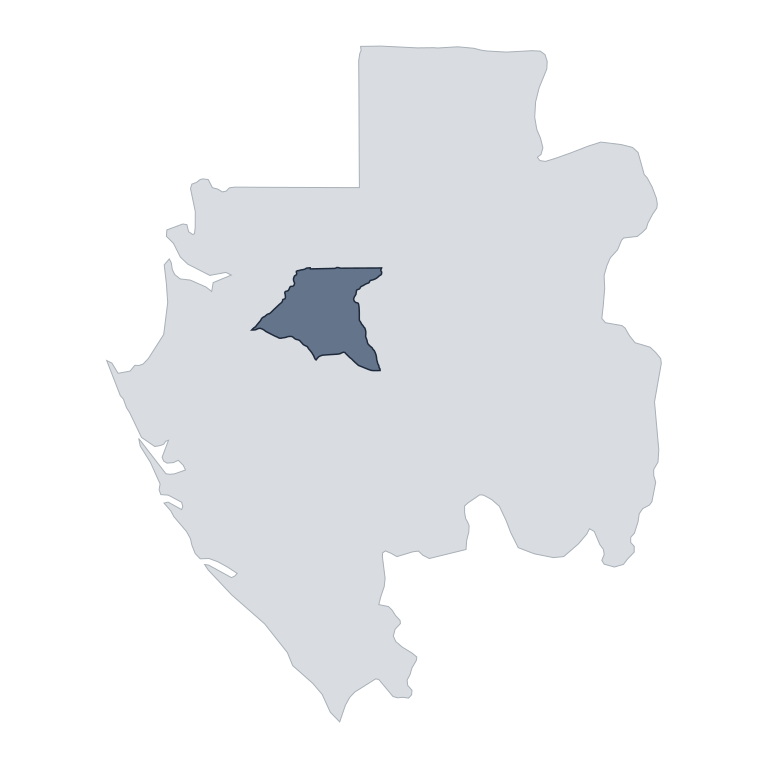 Abanga-Bignè, Moyen-Ogooué, Gabon (highlighted)
{"feature_id": "22940354B65697742744176", "entity_name": "Abanga-Bignè", "entity_type": "district", "adm_level": 2, "iso_a3": "GAB", "parent_name": "Gabon", "parent_adm1": "Moyen-Ogooué", "projection": "robinson", "projection_center": [10.966, -0.21], "detail": "fine", "context": "in_parent", "style": "filled", "palette": "slate", "viewbox_px": 768, "rotation_deg": 0, "n_neighbors": 0, "source": "geoboundaries", "source_scale": "gbopen_adm2", "svg_char_len": 6341}
<svg xmlns="http://www.w3.org/2000/svg" viewBox="0 0 768 768"><path d="M547.2,61.4L546.8,69.0L539.2,87.6L535.6,101.9L534.7,117.2L536.8,129.5L540.5,138.2L542.9,147.8L541.0,154.4L537.4,157.3L539.9,160.6L545.4,161.4L554.9,158.5L569.4,153.4L588.3,146.1L600.8,142.1L621.4,144.6L632.5,147.4L638.1,152.5L644.2,174.5L647.2,177.8L652.2,187.1L656.4,198.3L657.3,204.0L656.8,208.1L652.6,214.2L647.9,223.1L646.3,228.4L642.3,232.4L637.3,236.4L623.6,238.0L621.5,240.3L617.6,249.8L610.3,257.8L607.0,265.4L604.1,275.5L604.7,288.1L603.2,306.2L601.8,318.4L605.4,322.7L621.9,325.6L625.1,328.1L629.4,335.6L635.0,342.7L650.1,347.2L655.9,352.7L660.7,358.6L661.3,363.5L657.8,383.1L654.5,401.9L655.8,416.3L657.0,429.9L658.8,449.9L658.0,462.0L653.7,469.5L653.7,475.3L655.7,482.3L651.9,501.7L649.5,505.0L642.7,508.6L639.2,513.8L638.0,522.0L634.4,533.2L630.7,537.3L630.7,542.5L634.2,546.3L634.2,552.1L627.5,559.1L623.4,564.4L614.4,567.0L604.2,564.2L601.8,560.4L604.2,554.4L603.4,549.5L599.8,544.5L594.3,531.5L589.5,528.7L586.8,534.0L578.4,543.9L563.7,556.6L553.4,557.6L534.3,553.8L518.3,547.7L510.8,532.8L506.1,520.5L499.3,506.2L491.6,499.5L483.4,495.1L479.8,494.8L468.1,502.8L464.6,505.9L464.6,512.6L465.7,518.8L467.5,521.8L469.1,525.8L468.8,532.0L466.7,540.3L466.0,549.5L429.3,558.5L423.0,555.3L418.4,551.1L412.8,551.8L396.9,556.6L391.1,553.3L385.3,550.9L382.6,552.9L382.4,556.8L385.1,578.4L384.2,586.6L380.6,597.3L378.8,604.6L388.5,606.6L392.0,610.0L395.4,615.4L400.1,620.5L400.4,623.6L395.1,629.2L393.3,636.1L395.8,641.6L402.4,647.2L412.1,653.1L416.8,657.0L416.3,660.5L411.9,668.0L410.1,674.4L407.1,680.1L407.7,685.4L412.0,690.3L411.6,694.7L408.6,698.1L402.6,697.3L397.5,697.8L393.0,696.5L378.7,679.4L375.6,678.9L354.8,692.0L349.7,697.4L345.4,705.2L339.7,721.9L330.3,712.2L322.1,694.3L312.7,683.3L292.7,665.6L287.4,652.6L264.6,623.8L231.8,595.0L208.2,570.0L204.6,564.5L208.6,565.1L231.4,577.6L234.6,576.2L237.2,573.4L227.3,566.9L217.9,561.8L209.1,558.5L200.2,558.8L195.2,553.5L192.0,545.5L190.4,538.6L186.5,531.5L173.9,516.7L170.8,510.9L164.0,503.1L168.1,502.1L181.6,509.6L182.8,506.6L181.6,502.2L168.1,495.1L160.8,494.6L159.1,489.7L160.1,483.9L150.4,462.3L140.3,446.2L138.7,438.5L165.9,473.7L169.5,474.3L174.3,473.9L185.5,470.0L183.3,465.3L178.3,460.3L173.4,462.6L167.0,463.1L163.6,461.0L162.1,457.3L168.5,440.3L165.8,441.2L163.7,444.2L160.2,445.6L154.8,446.5L141.5,437.4L129.7,412.7L126.5,407.7L123.4,399.1L120.3,395.6L106.7,360.5L111.9,363.1L118.1,373.3L130.1,371.1L134.8,365.3L138.9,365.5L143.0,364.1L148.3,358.6L163.7,334.5L167.7,302.6L166.4,283.7L164.2,264.9L169.3,258.9L171.3,262.9L172.3,269.6L174.7,274.5L180.1,278.9L190.3,280.1L206.1,287.1L211.7,291.5L213.2,282.6L231.3,275.1L225.9,272.4L209.8,275.4L187.7,264.1L180.3,257.0L173.5,243.4L166.4,236.3L166.9,229.9L182.8,224.0L186.9,224.7L188.6,231.7L192.9,234.6L194.5,233.6L195.2,227.6L195.3,211.6L190.5,188.5L191.9,184.1L196.3,182.5L200.2,179.5L202.9,178.9L208.2,179.5L210.9,184.8L212.4,187.7L217.8,189.1L222.3,191.9L226.1,191.2L229.3,187.9L233.9,187.2L248.4,187.2L261.5,187.3L287.6,187.4L313.6,187.5L339.7,187.6L359.4,187.6L359.3,174.5L359.2,154.2L359.1,130.2L359.0,107.2L358.9,85.9L358.7,60.7L359.8,53.5L361.1,50.5L360.6,46.4L380.8,46.1L417.4,47.9L433.3,47.7L437.9,48.0L457.8,46.8L474.0,48.3L480.8,50.1L487.0,51.0L506.4,52.1L531.6,50.7L540.2,51.1L545.0,54.6L547.2,61.4Z" fill="#d9dde1" stroke="#a8b0b8" stroke-width="1"/><path d="M251.7,330.0L253.1,330.0L255.5,329.8L256.9,329.2L258.0,328.6L259.4,328.4L260.3,328.3L261.3,328.8L262.2,329.0L263.5,329.7L264.8,330.6L265.9,331.5L270.4,333.8L274.5,335.9L277.7,337.3L278.9,338.0L279.9,338.2L281.2,338.2L282.3,337.9L284.7,337.6L286.4,337.2L287.5,336.7L288.7,336.5L290.9,336.4L292.1,336.6L292.8,337.0L294.9,338.8L296.2,339.4L298.0,339.8L299.3,340.3L299.7,340.6L300.7,341.7L302.1,343.2L302.9,344.2L303.6,344.8L304.2,345.1L305.5,345.8L307.1,346.5L307.8,347.4L308.6,348.8L310.2,350.6L311.8,352.7L313.1,354.8L314.0,356.5L314.5,357.9L315.4,359.4L316.1,359.9L316.7,359.1L317.6,358.0L318.6,356.9L319.9,356.1L322.3,355.2L327.3,354.8L336.8,354.2L338.7,354.0L340.1,353.7L341.2,353.1L342.2,352.7L343.3,352.2L344.9,352.5L346.0,353.8L347.5,355.3L349.6,357.4L351.9,359.2L353.2,360.6L355.4,362.7L357.6,364.6L358.4,365.4L361.2,366.5L364.6,367.9L368.6,369.5L371.3,370.4L373.5,370.6L377.2,370.6L380.1,370.5L380.1,370.2L379.9,368.7L379.5,368.1L379.1,367.7L379.0,366.7L378.7,365.3L377.8,363.8L377.3,361.7L376.7,359.5L376.5,357.1L376.0,354.8L375.2,352.6L374.2,350.5L372.8,349.2L372.4,348.1L371.6,347.3L370.4,346.4L369.1,345.1L367.9,343.8L367.4,342.4L367.1,340.8L366.5,338.8L365.8,337.3L365.6,336.0L365.8,334.7L365.8,333.4L365.8,331.6L365.4,329.7L364.9,328.1L363.9,327.1L363.1,325.8L361.5,323.9L360.7,322.2L359.8,321.0L359.4,320.4L359.3,318.9L359.3,316.3L359.3,311.8L359.1,307.8L358.8,305.2L358.5,303.9L358.0,303.1L357.3,302.9L355.9,302.5L355.1,302.0L354.3,301.2L353.9,300.1L353.6,299.1L354.0,297.8L354.4,296.8L355.0,295.9L355.6,294.9L356.0,294.1L356.1,293.0L356.4,291.6L356.5,290.5L357.0,289.8L357.8,289.5L358.7,289.3L359.4,288.9L359.8,288.5L360.4,287.4L360.9,286.7L361.7,286.2L363.2,285.6L364.7,284.6L366.0,283.9L368.7,282.9L369.3,282.3L369.6,281.4L370.3,280.5L372.7,279.9L374.7,279.2L376.5,278.2L378.3,276.8L379.2,275.9L381.0,274.8L381.5,274.0L381.6,273.4L381.7,272.6L381.6,271.8L381.2,271.2L380.9,270.7L380.7,270.1L380.9,269.5L381.4,268.8L381.6,267.9L377.9,268.0L355.4,268.1L340.9,268.2L339.8,268.0L338.9,267.7L337.5,267.5L336.5,267.6L335.7,268.2L334.6,268.4L324.8,268.6L310.3,268.9L310.2,267.8L308.8,267.9L306.5,268.1L305.6,268.7L304.8,269.2L303.1,269.6L300.6,270.0L299.6,270.4L297.6,270.7L296.4,271.3L296.3,272.1L296.6,272.9L296.7,274.0L296.1,275.0L295.2,275.5L294.5,276.0L293.9,277.3L293.5,278.6L293.5,279.8L293.6,280.7L294.0,281.7L294.6,283.1L294.3,284.4L293.8,285.5L293.1,286.1L292.2,286.4L291.2,286.3L290.5,286.5L289.9,287.2L289.4,288.3L289.0,289.4L288.0,290.7L286.9,291.1L285.6,291.4L284.9,292.1L284.8,293.3L285.2,294.4L285.4,296.7L285.4,297.8L285.0,298.8L284.2,299.1L283.0,299.4L282.7,299.8L282.5,301.0L282.0,302.0L280.9,303.1L279.2,304.5L277.0,306.6L275.6,307.9L273.9,309.5L270.9,312.5L269.5,313.6L268.3,313.9L267.3,314.3L266.3,315.1L264.6,316.6L263.4,317.0L262.3,317.9L261.6,318.5L261.1,319.5L260.6,320.5L259.6,321.7L258.8,322.6L257.4,324.3L256.4,325.5L255.7,326.6L254.5,327.4L253.7,328.0L252.8,328.8L251.7,330.0Z" fill="#64748b" stroke="#1e293b" stroke-width="1.5"/></svg>